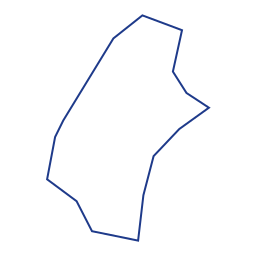 SVG path tracing the border of Gros Islet
{"feature_id": "LCA-5081", "entity_name": "Gros Islet", "entity_type": "Quarter", "adm_level": 1, "iso_a3": "LCA", "parent_name": "Saint Lucia", "parent_adm1": "", "projection": "natural_earth1", "projection_center": [-60.942, 14.065], "detail": "fine", "context": "isolated", "style": "outline", "palette": "blue", "viewbox_px": 256, "rotation_deg": 0, "n_neighbors": 0, "source": "natural_earth", "source_scale": "10m", "svg_char_len": 308}
<svg xmlns="http://www.w3.org/2000/svg" viewBox="0 0 256 256"><path d="M47.1,179.3L55.1,137.0L63.3,120.4L113.4,38.4L142.4,15.4L182.0,30.2L172.9,71.6L186.5,93.0L208.9,107.7L179.3,129.0L153.6,156.1L143.4,195.2L138.1,240.6L92.0,231.2L76.6,201.2L47.1,179.3Z" fill="none" stroke="#1e3a8a" stroke-width="2"/></svg>